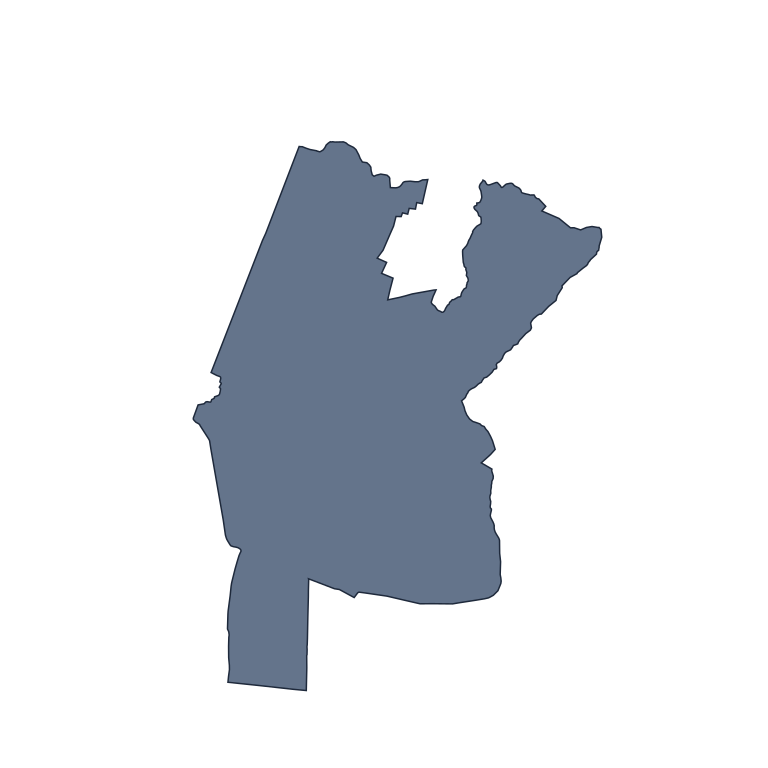 San Lucas Tecopilco, Tlaxcala, Mexico, rotated 247°
{"feature_id": "50627088B19977946929791", "entity_name": "San Lucas Tecopilco", "entity_type": "district", "adm_level": 2, "iso_a3": "MEX", "parent_name": "Mexico", "parent_adm1": "Tlaxcala", "projection": "albers", "projection_center": [-98.249, 19.488], "detail": "fine", "context": "isolated", "style": "filled", "palette": "slate", "viewbox_px": 768, "rotation_deg": 247, "n_neighbors": 0, "source": "geoboundaries", "source_scale": "gbopen_adm2", "svg_char_len": 6171}
<svg xmlns="http://www.w3.org/2000/svg" viewBox="0 0 768 768"><g transform="rotate(247 384 384)"><path d="M164.8,207.3L169.4,209.4L172.4,210.5L174.1,211.5L179.7,214.1L199.6,223.0L217.6,231.2L223.4,233.7L233.5,238.3L234.2,238.4L214.9,258.4L212.3,262.6L199.1,273.1L202.1,278.3L202.2,279.6L198.9,285.2L187.6,303.8L176.0,319.7L167.6,331.3L163.0,342.4L154.8,361.2L153.3,367.5L149.1,384.0L147.0,392.7L146.3,396.6L146.4,398.4L146.8,402.1L149.2,408.1L154.7,413.6L156.7,414.8L159.9,415.8L163.2,416.5L174.9,421.9L182.9,424.3L194.8,429.2L195.9,429.4L197.5,429.4L202.2,428.7L204.5,428.5L206.8,428.7L208.8,429.3L210.5,430.1L212.3,430.4L214.7,430.4L219.2,430.0L221.4,430.4L223.1,431.5L225.8,433.5L226.9,434.0L228.4,433.5L229.9,433.9L231.9,435.2L234.3,436.4L235.7,436.5L238.0,437.0L239.4,437.7L241.6,439.6L244.2,440.6L247.1,442.5L249.0,443.3L250.5,444.4L252.2,445.2L254.3,447.5L256.5,448.6L259.0,448.9L262.0,449.2L263.5,450.1L273.4,442.7L277.5,454.6L280.4,460.8L289.4,461.7L294.3,461.6L299.6,461.1L302.5,460.1L305.7,459.6L307.6,457.6L309.7,456.8L312.3,454.0L314.8,451.1L318.4,449.1L323.1,448.1L327.8,448.1L331.3,448.7L335.7,448.8L338.2,448.8L339.1,451.9L339.8,453.6L342.2,456.1L343.2,457.8L344.3,458.8L345.0,460.7L345.4,462.8L345.5,466.0L346.0,467.9L347.1,470.7L347.4,472.7L347.5,474.2L348.8,475.8L350.5,478.5L350.2,481.2L351.2,484.5L352.6,488.1L354.5,490.9L354.2,493.5L354.9,494.1L356.5,494.7L357.8,494.8L359.0,496.2L359.3,498.8L360.2,501.1L361.6,503.2L363.0,504.4L365.0,506.9L365.8,509.0L366.0,513.9L367.6,516.5L368.9,518.2L368.7,520.8L368.7,522.8L370.1,524.2L371.5,526.3L372.3,528.3L375.0,534.2L376.4,539.8L378.1,541.7L382.8,542.8L384.1,544.3L385.6,546.9L387.2,551.9L387.5,554.2L386.9,556.2L391.1,565.9L393.7,575.0L397.7,578.0L403.0,585.7L404.8,586.2L409.4,597.0L410.2,604.8L410.9,605.5L412.9,612.5L413.9,616.8L414.9,618.5L415.9,619.4L417.3,622.1L417.7,622.5L420.5,630.3L422.2,631.3L422.9,632.4L423.1,633.7L425.7,635.4L427.0,636.0L434.0,641.8L441.7,644.2L442.8,643.5L444.1,643.1L444.4,642.2L447.7,637.0L449.0,631.5L449.0,625.2L453.6,620.0L454.9,616.7L468.0,609.8L481.6,596.9L484.3,602.3L493.9,598.8L494.9,597.3L496.7,596.3L499.2,596.1L499.6,595.6L499.8,594.7L500.3,594.1L500.3,593.5L500.5,592.9L502.1,590.9L503.5,588.9L505.9,585.9L506.5,585.5L507.1,585.5L508.9,585.7L511.1,585.1L512.0,584.5L514.9,582.0L515.8,581.4L517.7,580.8L518.5,580.3L519.0,579.7L519.5,578.4L520.2,574.9L520.1,573.9L518.8,570.2L518.8,569.6L518.9,569.1L519.3,568.8L521.0,568.6L524.6,567.3L525.3,566.9L525.5,566.4L525.7,565.7L526.0,559.8L526.2,558.4L526.6,557.6L527.4,556.8L527.9,556.6L529.1,556.4L530.6,556.3L531.3,556.1L533.0,554.8L532.2,554.1L530.5,550.8L529.3,549.5L528.1,548.7L527.1,548.5L524.3,548.6L523.2,548.5L519.7,547.6L518.3,547.2L517.4,546.8L516.6,546.2L515.0,544.7L514.1,543.5L513.8,543.0L513.9,541.7L514.3,540.1L512.9,539.6L512.5,539.3L512.3,538.9L512.3,536.9L511.9,536.1L511.3,535.8L510.4,535.7L509.2,535.9L506.8,537.0L505.7,537.3L504.3,537.3L502.3,537.0L501.7,537.1L500.0,538.3L499.0,538.2L496.0,537.2L494.5,536.4L493.7,535.8L493.5,535.0L493.0,531.2L492.1,529.1L490.7,526.4L489.6,525.1L489.1,525.0L488.5,524.6L487.5,523.3L484.3,519.9L483.3,518.4L482.0,517.1L480.8,516.1L479.1,514.0L476.6,508.8L475.3,508.1L471.9,506.8L465.0,504.5L462.3,504.2L461.6,503.9L460.6,503.9L460.1,504.1L459.4,504.6L459.0,504.7L458.4,504.6L457.2,504.0L455.1,503.9L454.1,503.7L451.7,502.2L448.9,502.6L447.2,502.3L446.4,502.0L445.8,501.6L444.8,500.1L443.4,499.3L442.8,498.6L441.5,498.0L440.7,497.4L440.4,497.0L440.3,495.3L440.1,494.6L438.2,491.8L437.3,490.8L434.7,488.9L434.5,488.4L435.0,486.4L435.0,485.5L434.8,484.8L434.7,483.5L434.4,481.3L434.5,480.7L434.8,480.2L434.9,479.7L434.7,479.2L434.0,477.9L433.8,476.9L432.9,475.7L432.2,475.2L431.9,474.8L431.8,473.6L431.6,473.1L431.0,472.3L429.5,470.2L428.2,468.9L427.5,467.9L427.2,467.1L427.1,466.4L427.2,465.8L427.5,465.2L428.6,464.5L430.3,462.8L431.3,462.1L435.8,461.2L437.5,460.2L438.8,459.6L439.8,459.4L440.7,459.4L440.9,459.5L445.5,463.5L447.4,465.6L450.3,468.7L451.0,466.6L455.9,445.1L456.8,437.8L457.7,431.9L460.0,420.3L467.9,426.0L477.9,433.7L486.8,425.0L494.9,433.9L502.5,426.9L507.5,435.4L519.7,448.2L525.6,454.5L533.5,460.5L531.4,465.2L534.3,467.9L531.1,472.2L535.8,475.8L532.7,481.3L538.2,485.0L535.0,489.7L555.1,504.2L555.8,501.9L556.8,499.3L556.7,496.3L556.7,495.0L556.9,494.3L558.0,491.7L560.4,487.5L562.0,482.9L562.2,481.9L562.2,481.2L562.0,480.2L561.0,478.7L559.9,476.6L559.6,475.5L559.5,474.2L559.6,473.0L560.0,471.4L562.3,466.6L569.1,468.8L571.2,469.7L572.7,469.5L575.0,468.4L576.3,466.5L578.5,463.0L579.2,458.5L579.1,456.0L581.1,454.9L585.3,455.5L587.9,456.3L588.7,456.6L591.3,456.1L594.4,454.7L596.8,450.8L600.9,450.2L604.6,450.3L610.7,449.8L613.7,448.4L618.2,444.5L620.8,443.2L622.7,441.3L625.9,433.3L627.1,431.3L627.5,429.7L628.0,429.2L627.5,426.8L626.6,424.2L624.7,422.0L623.6,420.1L623.2,419.2L622.9,417.3L622.8,415.9L623.0,415.3L624.0,414.2L624.3,413.5L624.9,413.3L628.7,407.6L631.6,404.3L634.4,401.5L635.0,400.1L635.8,398.7L575.4,340.3L568.9,334.0L563.6,328.2L462.1,229.3L457.2,233.4L455.3,235.5L454.7,236.0L454.2,236.2L453.6,236.1L452.7,235.8L450.2,233.8L449.7,233.8L448.5,234.4L448.1,234.4L447.8,234.2L446.3,232.3L445.6,231.3L445.3,231.1L444.9,231.2L444.4,231.5L443.8,231.7L443.3,231.6L441.3,230.4L439.4,229.0L438.7,228.4L438.3,227.4L438.2,226.5L438.4,223.1L438.1,222.7L437.4,222.3L437.1,221.9L437.0,219.3L435.3,217.8L435.2,217.4L435.2,216.9L436.9,214.2L437.0,213.3L437.1,212.8L436.3,211.2L436.1,210.7L437.4,204.7L427.1,195.1L425.9,194.7L424.7,195.0L422.3,195.9L419.9,197.8L418.7,198.4L417.3,198.5L402.2,201.1L400.4,201.3L399.6,201.2L391.2,199.1L321.7,182.9L306.9,179.0L304.3,178.7L302.7,178.6L300.6,178.8L297.2,179.3L295.6,179.6L294.8,179.9L293.1,181.8L291.6,184.1L290.2,185.8L288.6,186.9L287.7,187.3L286.9,187.3L286.2,187.2L285.6,186.7L284.7,185.6L282.7,183.5L277.8,179.4L272.0,174.7L261.9,167.1L260.1,165.8L257.5,164.2L249.3,159.7L235.9,151.8L233.1,150.4L220.3,144.5L219.6,144.2L218.8,144.2L217.4,144.3L216.3,144.2L213.5,143.4L211.5,142.2L203.4,138.5L192.8,134.1L185.6,131.8L181.4,130.1L175.7,126.7L170.4,123.8L155.6,150.6L138.3,181.4L132.2,192.7L152.8,202.0L164.4,206.8L164.8,207.3Z" fill="#64748b" stroke="#1e293b" stroke-width="1.5"/></g></svg>